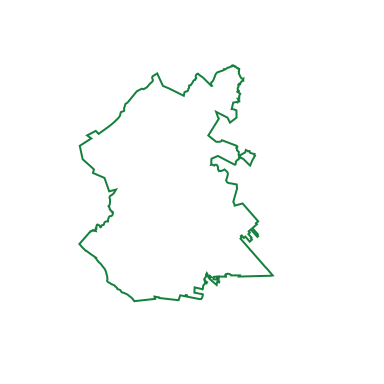 outline of Nombre de Dios, Durango, Mexico, rotated 42°
{"feature_id": "50627088B91815790044654", "entity_name": "Nombre de Dios", "entity_type": "district", "adm_level": 2, "iso_a3": "MEX", "parent_name": "Mexico", "parent_adm1": "Durango", "projection": "albers", "projection_center": [-104.207, 23.841], "detail": "fine", "context": "isolated", "style": "outline", "palette": "green", "viewbox_px": 384, "rotation_deg": 42, "n_neighbors": 0, "source": "geoboundaries", "source_scale": "gbopen_adm2", "svg_char_len": 6030}
<svg xmlns="http://www.w3.org/2000/svg" viewBox="0 0 384 384"><g transform="rotate(42 192 192)"><path d="M307.8,200.0L298.8,198.8L297.5,198.8L259.3,194.2L259.4,193.2L257.8,192.1L258.0,191.0L261.3,191.4L261.5,189.4L268.1,190.3L268.4,187.3L266.8,187.1L266.8,186.1L262.0,185.5L262.1,183.5L260.5,183.3L260.8,180.5L270.6,181.6L270.7,180.6L269.1,180.4L269.2,179.4L261.1,178.4L261.8,172.5L260.4,172.4L260.8,169.5L237.3,166.7L232.8,173.6L230.8,172.2L229.6,171.9L229.0,171.2L223.3,159.5L220.2,156.5L215.1,159.6L213.7,160.6L211.8,161.3L209.5,160.5L209.4,160.1L207.2,155.4L206.1,154.1L204.7,153.5L201.1,153.5L200.2,155.9L199.1,157.4L198.5,157.5L198.1,158.4L196.4,157.9L194.8,156.4L194.5,155.9L192.2,155.3L190.9,156.3L190.8,157.5L188.7,158.1L188.0,159.0L187.6,158.0L187.0,157.7L184.2,154.3L187.1,147.9L205.6,143.1L205.9,142.4L204.7,140.4L204.3,140.1L204.2,138.1L204.9,136.5L203.8,135.1L203.6,134.4L203.7,134.2L204.3,133.9L204.5,133.7L205.0,133.7L205.0,134.2L206.6,133.6L206.4,133.5L207.0,133.3L208.1,133.1L215.8,133.5L216.2,133.5L216.3,133.3L216.5,133.3L216.5,133.5L217.3,133.5L217.2,133.1L217.4,133.1L215.7,128.4L214.6,123.0L214.0,123.2L213.2,121.9L209.2,124.0L207.3,123.1L206.6,124.3L205.8,124.2L203.9,124.8L205.0,127.0L202.8,133.6L201.9,133.3L200.0,130.9L198.5,131.0L197.9,130.7L197.7,130.8L197.6,130.5L196.3,129.9L196.1,129.6L195.8,129.7L195.6,129.4L195.6,129.0L195.4,129.1L195.3,128.6L195.2,128.7L194.7,128.4L194.3,127.8L179.6,133.5L179.8,134.2L179.7,134.8L179.0,136.1L176.4,138.5L166.3,139.1L162.9,119.6L162.1,119.2L161.8,119.3L156.3,116.3L168.7,113.0L173.8,115.0L175.3,106.9L170.4,101.6L168.1,102.5L166.3,103.5L166.0,103.8L162.8,98.0L164.8,95.4L165.9,95.0L165.7,94.5L165.8,94.5L165.9,94.1L166.6,93.0L166.3,92.7L163.9,92.1L164.2,91.9L164.1,91.6L164.3,91.3L164.1,91.3L164.1,90.8L163.9,90.7L163.9,90.3L163.3,89.7L163.3,89.4L162.7,88.8L162.1,86.7L158.5,87.2L158.4,86.7L158.5,86.5L159.3,85.9L159.4,85.6L159.2,85.5L158.3,85.6L157.7,85.1L157.0,84.9L156.4,84.2L156.2,82.7L155.8,82.2L155.4,82.0L155.2,81.7L154.8,81.6L154.8,81.3L154.5,80.3L154.7,80.0L155.5,80.3L155.7,80.1L155.7,79.7L154.9,78.3L155.0,77.4L154.8,76.5L155.7,75.0L155.5,74.8L155.3,74.8L155.2,74.6L154.3,73.4L154.2,73.7L153.4,74.3L152.6,74.5L151.8,74.2L151.0,74.1L149.1,73.2L147.6,72.7L146.7,71.5L146.3,71.4L146.2,70.9L145.9,70.7L144.8,68.9L144.7,68.9L144.3,69.1L144.0,69.4L143.7,69.2L143.0,69.2L142.9,69.5L142.7,69.7L141.9,69.8L140.5,69.5L140.3,69.6L140.1,70.1L139.0,70.0L138.4,70.2L138.1,70.2L137.5,70.6L137.2,71.2L137.9,71.4L136.5,73.7L136.1,74.9L135.4,75.6L134.7,78.5L134.2,78.8L134.5,78.9L133.8,80.3L133.8,80.7L130.7,86.3L130.7,88.4L132.8,93.9L133.3,95.9L133.0,97.7L134.5,99.5L135.7,99.7L135.4,100.2L123.5,99.6L118.1,100.3L117.5,100.3L117.4,100.1L117.0,100.4L116.7,101.2L116.7,102.2L117.3,103.5L118.1,104.2L118.7,104.3L119.1,105.0L118.8,105.7L119.1,106.1L119.3,106.7L118.7,107.5L118.7,108.9L119.2,110.1L119.4,112.2L119.6,113.6L118.7,114.5L118.6,114.8L119.3,115.8L120.1,116.4L120.2,116.7L120.2,117.6L120.9,118.7L121.1,119.8L121.1,120.4L120.1,121.5L119.7,123.0L121.5,126.0L105.7,130.4L99.4,132.6L86.8,127.2L85.3,132.4L85.9,133.8L87.7,134.8L88.3,135.4L88.7,136.2L88.3,139.8L88.4,144.4L87.3,147.9L85.6,148.8L83.6,154.1L84.3,168.8L83.9,169.9L83.6,171.0L85.5,175.3L86.8,176.4L87.2,177.3L85.7,180.3L87.5,183.7L87.8,186.2L87.3,193.2L86.5,198.4L83.7,211.3L79.6,211.0L76.2,220.1L81.3,219.6L77.7,232.8L88.8,240.8L103.9,240.8L105.7,244.1L117.6,240.1L130.0,246.9L133.9,241.1L134.7,245.2L134.5,247.5L134.3,247.9L133.8,249.9L134.2,251.0L134.9,251.8L136.1,252.4L136.7,253.0L138.7,255.5L139.4,256.7L139.6,257.3L139.4,258.2L139.4,258.4L140.2,258.5L140.6,258.8L140.9,258.8L141.8,259.2L142.3,259.8L143.4,259.8L143.8,260.3L145.6,260.0L145.8,260.3L146.2,260.0L146.7,259.9L147.0,260.1L147.8,261.3L148.3,262.5L148.3,263.1L148.1,263.9L147.2,264.9L146.9,265.6L147.3,266.8L147.9,268.4L149.3,270.1L149.2,270.3L148.3,270.9L147.8,271.4L147.4,272.4L147.4,273.5L148.0,274.5L148.3,275.4L148.2,275.8L147.5,276.6L147.2,277.3L147.3,277.8L147.8,278.7L147.8,279.1L147.7,279.4L147.4,279.5L145.8,278.9L145.3,278.9L143.9,279.2L143.8,279.6L143.5,279.6L143.4,279.9L143.6,280.2L143.5,280.6L143.8,280.9L143.9,281.2L144.5,282.2L144.5,282.5L144.8,282.5L145.1,282.9L145.5,283.2L145.5,283.4L145.1,283.5L145.1,283.8L145.7,284.0L145.9,285.0L146.7,285.4L146.2,285.7L145.7,285.9L144.9,285.8L144.7,286.1L144.7,286.4L144.1,286.5L144.2,287.0L143.7,287.2L143.7,287.8L143.4,288.1L143.2,289.0L142.9,289.1L142.9,289.5L143.1,289.8L142.9,290.0L143.1,306.0L147.0,306.5L152.3,306.8L152.5,306.5L159.2,305.8L164.2,305.1L163.7,306.2L164.3,305.6L164.9,305.5L166.6,306.0L168.1,306.2L168.7,306.5L172.4,306.5L174.3,306.8L175.3,307.1L178.2,307.5L180.5,308.3L180.8,308.6L182.1,309.2L183.2,310.1L185.4,311.4L186.0,312.2L186.7,312.5L187.0,312.8L187.6,313.6L188.0,314.6L189.0,315.0L190.0,315.1L191.9,314.6L193.2,314.5L197.2,313.2L198.1,313.6L198.8,313.4L200.2,313.4L201.3,314.0L201.9,313.9L203.3,313.2L204.4,312.9L206.6,313.5L207.3,313.4L208.5,312.7L210.9,311.9L212.1,311.5L213.5,311.3L215.0,311.3L217.8,311.0L219.6,311.2L222.2,311.7L236.2,296.0L235.9,295.6L235.4,295.8L234.1,294.8L238.2,292.3L238.6,292.7L254.4,281.4L252.4,276.6L257.0,273.9L256.3,272.8L257.4,272.1L258.1,273.2L269.3,266.5L270.4,265.5L270.3,264.0L270.0,263.2L268.9,261.1L268.5,260.8L261.1,265.2L257.8,261.1L264.1,257.6L264.9,257.4L264.9,256.7L262.9,254.0L263.0,252.2L262.5,250.9L263.5,250.4L263.9,250.3L263.6,248.9L262.4,249.1L261.3,249.6L261.0,249.0L260.1,248.6L259.7,248.9L259.2,248.0L259.1,246.4L259.1,245.1L257.8,244.2L257.3,242.4L258.5,242.8L260.1,243.6L260.3,244.1L261.1,244.1L261.2,242.3L263.5,242.4L262.0,244.2L262.0,244.6L262.7,244.7L264.4,244.8L267.6,244.7L272.5,244.6L271.0,242.1L272.6,241.0L272.2,240.3L271.3,240.9L269.6,238.1L268.0,239.2L268.9,240.7L266.3,242.4L265.0,240.5L267.2,238.0L269.0,236.2L269.6,235.9L273.9,232.2L273.5,231.7L273.3,231.6L272.8,231.7L272.3,231.5L272.1,231.0L272.1,230.4L272.3,230.1L272.8,229.7L273.2,228.8L274.6,228.0L276.4,227.5L276.9,227.8L283.2,222.1L283.5,223.4L306.6,201.5L307.8,200.0Z" fill="none" stroke="#15803d" stroke-width="2"/></g></svg>